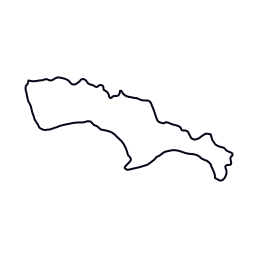 Plateaux, Haut-Ogooué, Gabon (Robinson projection), rotated 279°
{"feature_id": "22940354B6249741247917", "entity_name": "Plateaux", "entity_type": "district", "adm_level": 2, "iso_a3": "GAB", "parent_name": "Gabon", "parent_adm1": "Haut-Ogooué", "projection": "robinson", "projection_center": [14.201, -1.717], "detail": "fine", "context": "isolated", "style": "outline", "palette": "ink", "viewbox_px": 256, "rotation_deg": 279, "n_neighbors": 0, "source": "geoboundaries", "source_scale": "gbopen_adm2", "svg_char_len": 3768}
<svg xmlns="http://www.w3.org/2000/svg" viewBox="0 0 256 256"><g transform="rotate(279 128 128)"><path d="M159.3,22.3L156.5,22.1L154.7,21.4L153.7,20.6L152.2,20.5L150.7,20.7L149.0,21.1L147.5,22.0L144.6,22.9L141.7,24.1L138.9,25.3L136.7,27.0L135.0,28.2L132.2,29.5L128.6,30.9L125.1,32.9L121.6,34.6L118.6,37.2L118.0,37.9L117.4,38.4L114.6,40.3L114.0,41.4L113.4,43.1L113.0,44.8L113.0,46.5L113.7,48.5L114.3,51.0L114.6,51.6L116.6,55.3L118.1,58.4L119.3,60.0L121.7,65.8L123.6,71.0L124.6,73.5L125.8,78.6L126.2,81.5L127.0,84.1L128.1,86.2L128.5,87.9L128.6,89.8L127.8,91.2L126.3,93.0L125.7,93.9L125.3,95.3L124.8,97.4L123.2,99.9L122.5,100.9L122.2,102.6L122.2,105.2L121.7,110.2L120.9,113.2L119.6,115.7L116.8,119.6L114.1,123.5L111.5,126.3L108.3,128.6L106.1,129.9L104.5,130.8L102.0,131.8L101.0,132.6L99.8,134.1L98.8,135.1L97.8,135.7L96.3,135.7L94.5,134.7L93.1,133.7L92.1,133.0L90.4,131.8L89.0,130.9L87.8,131.1L87.0,132.5L86.6,134.1L87.6,136.9L88.5,139.0L89.5,141.5L90.6,144.3L92.4,148.2L93.7,150.9L94.7,152.8L96.8,155.1L98.4,156.6L100.6,158.7L102.0,159.7L103.7,160.6L104.3,161.4L105.7,163.4L107.8,165.6L109.4,167.0L110.4,168.6L111.3,170.7L112.3,173.3L113.2,175.9L113.5,179.1L113.3,182.3L112.8,185.5L112.4,187.7L112.1,189.9L112.1,192.4L112.2,194.7L112.4,196.2L112.3,197.9L112.1,199.6L111.8,201.0L111.1,202.7L110.7,203.5L109.8,204.6L109.3,205.7L108.9,206.9L108.3,209.3L107.9,211.3L106.4,213.8L105.5,214.9L104.1,215.9L102.9,216.4L101.4,217.5L100.1,218.3L99.1,219.0L97.6,219.9L96.6,220.5L94.5,221.3L92.6,221.6L92.1,222.2L91.4,224.1L90.6,226.4L90.6,228.0L91.4,229.6L92.7,230.5L93.7,231.2L95.1,231.7L96.5,232.1L98.5,232.3L100.4,232.2L101.7,231.7L103.0,231.0L104.2,230.3L105.7,230.3L106.9,231.6L107.3,233.1L107.6,234.7L108.5,235.4L109.8,235.4L111.1,234.9L112.7,234.2L114.0,233.9L114.9,234.0L115.8,234.2L116.8,235.1L117.8,235.5L118.8,235.2L119.6,234.3L120.0,232.9L120.3,231.7L120.7,230.1L121.2,228.7L122.2,227.5L122.8,226.8L123.4,225.8L123.6,224.5L123.8,223.2L124.0,220.9L124.3,219.8L125.0,217.7L126.1,216.1L127.4,215.0L129.4,213.1L131.4,212.2L133.1,211.3L134.7,210.7L134.7,209.4L134.8,207.4L134.5,205.7L133.5,204.3L131.6,202.2L129.0,199.7L127.9,197.9L127.2,196.5L127.0,195.0L127.3,193.4L128.0,191.9L129.3,191.0L131.1,189.6L133.3,188.1L134.1,187.0L134.5,185.9L134.4,184.6L134.3,183.2L134.2,182.2L134.3,181.4L135.7,180.5L136.5,179.9L137.5,178.5L137.9,176.8L138.2,175.2L138.4,173.0L138.6,170.8L138.9,169.5L139.2,168.5L139.5,167.1L139.7,165.0L139.4,164.1L138.6,163.4L138.2,162.3L138.2,161.4L138.4,160.1L138.5,158.8L138.8,157.7L139.3,156.8L140.2,155.8L141.6,154.9L144.3,153.4L146.9,152.1L150.0,150.5L152.0,149.3L154.1,148.0L156.3,146.7L157.6,145.3L158.0,144.4L158.2,143.1L158.0,141.3L157.8,139.9L157.6,138.3L157.7,136.6L158.1,135.0L158.6,133.4L158.8,131.4L158.7,128.5L158.9,126.0L158.9,123.8L159.1,122.0L159.6,120.3L160.6,118.6L161.7,117.3L162.8,116.4L163.7,115.4L163.4,114.4L161.7,114.3L160.0,114.1L159.0,113.6L158.4,113.0L157.9,111.9L157.7,110.9L157.5,109.4L156.8,108.1L156.2,107.6L155.3,107.0L154.8,105.9L155.3,105.1L156.1,104.5L157.4,103.9L158.5,103.4L159.6,102.5L160.3,101.7L161.2,99.9L161.7,98.4L162.7,97.7L164.1,97.4L165.5,96.7L166.0,95.8L166.2,94.6L165.7,92.9L165.1,92.3L164.1,91.5L163.6,90.5L163.7,89.5L164.0,88.5L164.5,87.5L164.8,86.4L165.0,84.7L165.4,82.5L165.9,81.4L166.8,80.6L167.7,79.7L168.6,78.7L169.2,77.2L169.4,76.0L168.8,74.5L168.1,73.8L167.0,73.2L165.7,72.2L164.0,70.5L162.9,69.1L162.6,68.1L162.4,66.7L162.6,65.6L163.0,64.8L163.7,64.0L164.8,62.8L165.4,61.9L165.9,60.9L166.4,59.4L166.7,58.1L166.9,56.5L167.1,54.0L167.1,52.3L166.9,50.4L165.7,48.3L164.9,47.5L163.8,46.2L163.1,45.1L162.8,43.5L162.9,42.3L163.3,41.4L163.5,40.2L163.3,38.9L162.4,37.2L161.7,35.6L161.0,32.7L160.1,30.3L159.4,27.4L159.2,25.7L159.3,23.1L159.3,22.3Z" fill="none" stroke="#020617" stroke-width="2"/></g></svg>